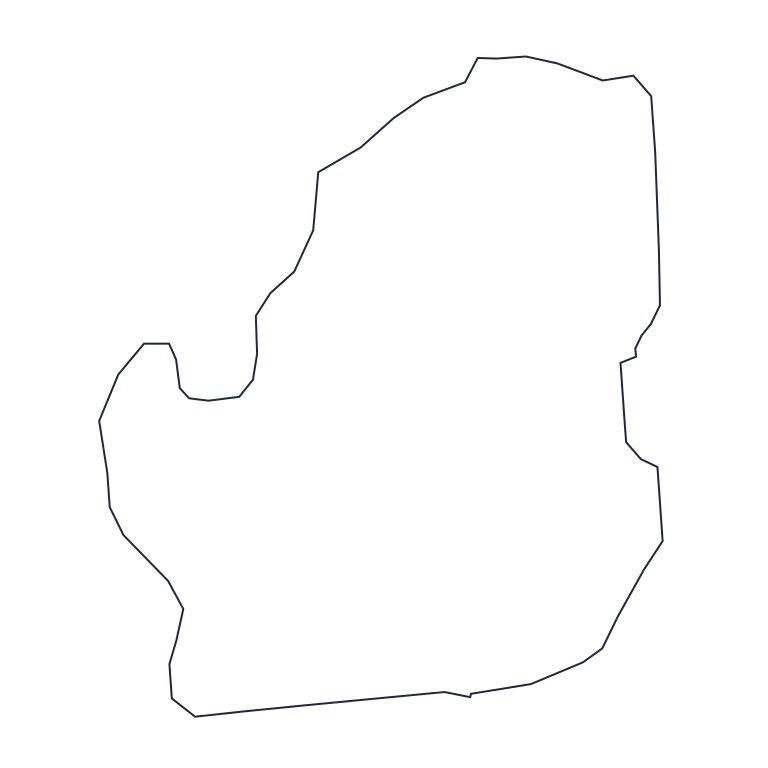 an SVG outline of Zelenikovo, rotated 356°
{"feature_id": "MKD-2917", "entity_name": "Zelenikovo", "entity_type": "Statistical Region", "adm_level": 1, "iso_a3": "MKD", "parent_name": "North Macedonia", "parent_adm1": "", "projection": "robinson", "projection_center": [21.557, 41.818], "detail": "fine", "context": "isolated", "style": "outline", "palette": "slate", "viewbox_px": 768, "rotation_deg": 356, "n_neighbors": 0, "source": "natural_earth", "source_scale": "10m", "svg_char_len": 926}
<svg xmlns="http://www.w3.org/2000/svg" viewBox="0 0 768 768"><g transform="rotate(356 384 384)"><path d="M172.3,702.7L152.8,685.0L150.4,682.9L150.4,648.5L159.1,625.0L168.1,594.4L154.9,565.4L113.6,516.6L101.8,487.7L101.8,453.5L97.3,401.0L119.6,356.0L147.4,327.0L172.4,328.8L178.3,345.1L180.0,374.0L188.7,384.7L207.8,388.4L238.7,386.7L253.6,370.5L259.5,345.1L260.9,307.1L276.9,285.5L302.3,265.6L324.1,225.8L333.2,168.1L377.3,146.4L412.3,119.3L443.2,101.2L485.9,88.6L500.2,65.3L518.9,67.2L548.4,67.2L579.3,76.3L623.4,96.5L654.3,93.8L670.6,115.5L670.7,171.4L667.6,268.9L664.8,324.7L654.4,342.8L644.3,353.6L637.1,366.2L637.4,374.3L621.4,379.4L621.4,406.5L621.4,439.0L621.5,458.9L635.0,476.9L651.0,485.9L651.0,509.4L651.0,560.1L630.5,587.1L601.0,632.3L583.3,663.0L562.8,675.6L509.6,693.6L449.2,699.1L448.1,702.4L422.8,695.5L350.5,697.3L280.0,699.1L219.5,700.9L172.3,702.7Z" fill="none" stroke="#1e293b" stroke-width="2"/></g></svg>